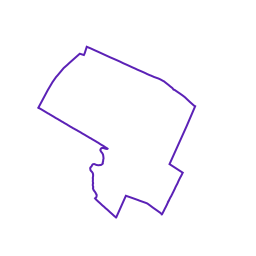 Seaca, Olt, Romania (orthographic projection), rotated 235°
{"feature_id": "2599482B6293048633875", "entity_name": "Seaca", "entity_type": "district", "adm_level": 2, "iso_a3": "ROU", "parent_name": "Romania", "parent_adm1": "Olt", "projection": "orthographic", "projection_center": [24.742, 44.162], "detail": "fine", "context": "isolated", "style": "outline", "palette": "violet", "viewbox_px": 256, "rotation_deg": 235, "n_neighbors": 0, "source": "geoboundaries", "source_scale": "gbopen_adm2", "svg_char_len": 5011}
<svg xmlns="http://www.w3.org/2000/svg" viewBox="0 0 256 256"><g transform="rotate(235 128 128)"><path d="M218.2,140.8L214.0,135.3L213.1,133.7L213.9,133.1L216.5,131.1L214.9,117.1L214.5,114.4L214.0,109.7L211.5,100.5L211.0,98.3L210.6,97.2L208.9,92.5L206.9,88.1L205.1,84.1L202.0,78.0L198.5,71.1L196.8,67.7L196.3,66.8L196.0,66.1L195.6,66.2L195.4,66.4L195.2,66.6L194.9,66.8L194.7,66.9L194.4,67.0L194.2,67.1L193.4,67.5L188.0,69.9L187.3,70.2L186.4,70.6L185.7,70.9L185.1,71.3L184.3,71.6L183.8,71.8L183.2,72.1L182.6,72.4L181.8,72.7L181.3,73.0L180.7,73.2L180.2,73.5L179.4,73.8L179.2,73.9L178.7,74.1L178.2,74.3L177.7,74.5L177.1,74.8L176.7,75.0L176.2,75.3L175.5,75.6L174.7,76.0L173.8,76.3L173.2,76.7L172.6,76.9L171.9,77.2L171.2,77.5L170.3,78.0L169.6,78.3L168.8,78.6L168.0,79.0L167.3,79.3L166.6,79.7L165.9,80.0L165.1,80.3L164.4,80.6L163.7,80.9L163.2,81.2L162.5,81.4L161.9,81.7L161.0,82.2L160.2,82.5L159.3,82.9L158.4,83.4L157.3,83.9L156.8,84.2L156.1,84.5L155.6,84.8L154.4,85.3L154.0,85.5L153.4,85.8L152.6,86.2L151.3,86.8L150.8,87.0L150.0,87.3L149.2,87.7L148.3,88.1L147.6,88.5L147.1,88.7L146.2,89.1L145.7,89.3L145.0,89.6L144.3,90.0L143.5,90.3L142.9,90.6L142.1,90.9L141.4,91.3L141.1,91.5L139.4,92.2L137.7,93.0L136.0,93.8L134.8,94.3L134.1,94.6L132.9,95.2L131.5,95.7L129.8,96.4L128.0,97.3L127.1,97.7L126.2,98.0L125.7,98.2L125.1,98.4L124.3,98.8L123.6,99.1L123.1,99.3L122.8,99.4L122.7,99.2L123.0,98.6L123.7,97.9L124.4,97.3L125.1,96.9L125.7,96.3L126.2,95.8L126.5,95.4L126.6,95.0L126.7,94.7L126.6,94.2L126.4,93.5L126.1,93.1L125.9,92.8L125.6,92.6L124.9,92.5L124.2,92.4L123.4,92.4L122.7,92.5L122.2,92.5L121.2,92.4L120.6,92.3L119.9,92.0L118.7,91.4L117.8,90.9L117.1,90.5L116.7,90.1L116.3,89.6L115.9,89.2L115.3,88.8L115.0,88.5L114.7,88.2L114.5,87.7L114.3,87.5L114.0,87.4L113.6,87.2L113.4,87.0L113.3,86.8L113.2,86.5L113.2,86.2L113.2,85.7L113.2,85.3L113.2,84.8L113.4,84.4L113.5,84.1L113.9,83.5L114.1,83.0L114.4,82.5L114.6,82.2L115.2,81.6L115.9,80.9L116.7,80.4L117.4,80.0L117.8,79.7L118.0,79.4L118.2,79.0L118.4,78.5L118.4,78.1L118.3,77.8L118.2,77.4L118.0,77.0L117.8,76.7L117.5,76.1L117.4,75.8L117.4,75.4L117.3,75.0L117.2,74.6L117.0,74.3L116.9,74.1L116.3,73.7L115.8,73.5L115.4,73.3L115.0,73.1L114.7,73.1L114.3,73.1L113.7,73.1L113.4,73.2L112.8,73.3L112.2,73.3L111.7,73.3L111.0,73.2L110.6,73.0L110.2,72.9L110.0,72.7L109.8,72.6L109.6,72.5L109.5,72.4L109.3,72.3L109.0,72.1L108.7,71.9L108.5,71.7L108.3,71.5L108.1,71.3L107.9,71.1L107.6,70.8L107.5,70.7L107.4,70.7L107.2,70.6L107.1,70.4L106.8,70.3L106.7,70.2L106.0,69.8L105.7,69.5L105.4,69.3L105.1,69.1L104.9,68.9L104.5,68.6L104.2,68.4L103.8,68.2L103.5,68.1L103.2,68.0L102.9,67.8L102.7,67.7L102.5,67.3L102.3,67.2L102.2,67.1L102.1,66.9L101.8,66.7L101.7,66.6L101.3,66.3L101.1,66.2L100.8,66.1L100.5,66.0L100.3,65.9L100.1,65.9L99.8,65.7L99.7,65.7L99.4,65.5L99.2,65.3L99.1,65.1L99.0,64.9L98.9,64.8L98.6,64.8L98.4,64.7L98.1,64.5L97.7,64.4L97.2,64.3L96.8,64.3L96.7,64.2L96.2,64.2L95.9,64.2L95.2,64.3L94.8,64.3L94.3,64.3L94.0,64.3L93.8,64.3L93.6,64.3L93.2,64.2L92.8,64.1L92.4,64.0L92.2,64.0L91.9,64.1L91.7,64.1L91.3,64.0L91.1,63.9L90.9,63.8L90.8,63.7L90.5,63.4L90.3,63.2L90.1,63.0L89.9,62.9L89.8,62.7L89.7,62.6L89.5,62.3L89.4,62.1L89.3,61.8L89.3,61.7L89.3,61.4L89.3,61.0L89.3,60.7L88.2,60.7L86.4,61.1L84.4,61.5L83.7,61.7L81.9,62.1L79.4,62.6L78.3,62.9L77.3,63.2L75.2,63.6L73.5,64.1L72.2,64.4L70.8,64.7L69.3,65.0L67.7,65.4L65.6,65.9L64.4,66.1L64.2,66.2L63.7,66.3L62.7,66.6L62.2,66.7L61.9,66.8L61.5,66.9L61.5,67.0L61.6,67.3L61.9,67.7L67.4,76.9L73.7,87.4L68.3,91.3L62.8,95.2L62.4,95.4L56.1,99.9L55.9,100.0L55.3,100.4L54.9,100.6L52.3,101.5L50.8,102.0L48.9,102.6L43.4,104.6L41.1,105.4L40.7,105.6L39.4,105.9L38.9,106.1L38.3,106.3L37.9,106.1L37.8,106.3L38.6,107.9L38.8,108.2L39.2,109.0L39.7,110.0L40.3,111.0L40.7,111.8L41.2,112.7L41.5,113.4L42.2,114.6L42.7,115.6L43.2,116.4L43.6,117.1L43.8,117.5L44.3,118.3L44.7,119.1L44.8,119.0L45.5,120.5L46.0,121.4L46.3,121.9L46.7,122.7L47.1,123.5L47.3,124.1L47.7,124.8L48.2,125.7L48.6,126.5L49.1,127.3L49.6,128.3L50.1,129.2L50.9,130.6L51.3,131.4L51.7,132.0L52.2,132.8L52.6,133.6L53.1,134.5L53.5,135.3L54.2,136.7L55.1,138.1L55.8,139.3L56.3,140.2L56.8,141.1L57.4,142.2L57.6,142.6L58.0,143.5L59.2,145.8L59.4,146.0L59.5,146.3L59.7,146.5L60.0,147.2L69.9,143.2L74.6,141.3L93.4,172.9L95.9,177.1L107.3,195.5L108.5,194.9L109.8,194.6L114.0,193.6L115.5,193.3L117.4,192.9L120.4,192.3L121.1,192.1L122.4,191.7L123.9,191.2L125.0,190.8L126.4,190.3L127.2,190.0L127.7,189.8L131.4,188.4L132.5,188.0L132.8,187.8L133.0,187.6L133.3,187.3L133.6,187.3L133.9,187.3L134.8,187.3L135.5,187.2L138.4,186.3L139.7,186.0L142.3,185.2L143.6,184.8L144.6,184.5L145.5,184.3L145.9,184.0L149.2,182.4L151.1,181.3L155.0,178.5L155.9,178.0L156.5,177.6L157.7,176.9L159.1,175.9L160.0,175.4L161.1,174.7L162.8,173.8L164.7,172.7L166.5,171.6L167.0,171.3L170.0,169.4L170.5,169.1L172.5,168.0L175.1,166.4L177.7,164.9L180.6,163.2L183.7,161.3L187.2,159.4L189.7,157.9L192.8,156.0L196.0,154.0L200.6,151.3L204.9,148.8L207.3,147.4L211.3,145.0L214.6,143.1L216.3,142.0L218.2,140.8Z" fill="none" stroke="#5b21b6" stroke-width="2"/></g></svg>